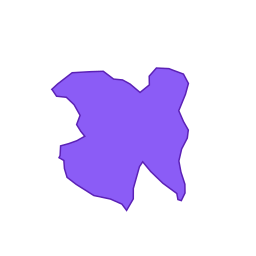 Lekeberg, Orebro, Sweden, rotated 304°
{"feature_id": "70781695B87625473444636", "entity_name": "Lekeberg", "entity_type": "district", "adm_level": 2, "iso_a3": "SWE", "parent_name": "Sweden", "parent_adm1": "Orebro", "projection": "albers", "projection_center": [14.811, 59.203], "detail": "fine", "context": "isolated", "style": "filled", "palette": "violet", "viewbox_px": 256, "rotation_deg": 304, "n_neighbors": 0, "source": "geoboundaries", "source_scale": "gbopen_adm2", "svg_char_len": 824}
<svg xmlns="http://www.w3.org/2000/svg" viewBox="0 0 256 256"><g transform="rotate(304 128 128)"><path d="M64.8,87.4L65.2,93.0L58.8,98.0L53.0,105.1L52.3,116.6L52.9,137.4L59.3,153.2L61.5,165.5L58.9,172.9L72.2,172.0L80.9,166.2L102.4,159.1L108.2,159.1L104.6,171.3L101.7,187.8L101.0,205.1L96.6,209.4L97.6,212.8L106.0,211.6L113.2,206.6L121.1,196.5L129.1,188.6L140.6,184.2L152.8,182.8L158.5,179.9L160.0,179.2L164.3,170.5L170.7,160.4L188.0,156.8L198.7,153.2L203.7,143.8L201.1,133.1L200.1,128.7L193.6,118.0L182.8,116.6L175.7,121.6L164.2,118.1L165.6,105.2L164.8,96.6L160.5,88.7L161.2,75.8L154.0,65.8L142.6,50.8L125.4,45.1L117.4,43.2L117.2,44.1L114.4,51.0L119.0,59.7L117.2,70.2L111.7,81.2L102.1,83.5L98.8,90.8L97.0,96.8L88.7,92.6L81.9,87.6L75.5,82.1L67.2,87.1L64.8,87.4Z" fill="#8b5cf6" stroke="#5b21b6" stroke-width="1.5"/></g></svg>